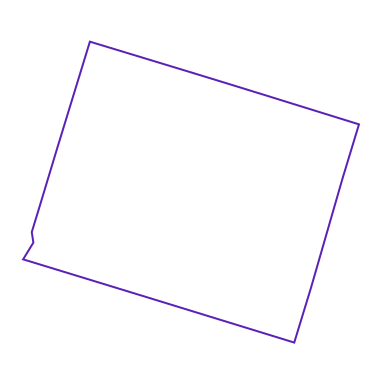 Saline, Kansas, United States of America, rotated 197°
{"feature_id": "52423323B92463309420457", "entity_name": "Saline", "entity_type": "district", "adm_level": 2, "iso_a3": "USA", "parent_name": "United States of America", "parent_adm1": "Kansas", "projection": "mercator", "projection_center": [-97.646, 38.784], "detail": "fine", "context": "isolated", "style": "outline", "palette": "violet", "viewbox_px": 384, "rotation_deg": 197, "n_neighbors": 0, "source": "geoboundaries", "source_scale": "gbopen_adm2", "svg_char_len": 336}
<svg xmlns="http://www.w3.org/2000/svg" viewBox="0 0 384 384"><g transform="rotate(197 192 192)"><path d="M50.2,135.0L52.0,248.7L52.1,305.5L164.8,306.0L221.1,306.1L333.6,305.9L333.7,192.3L333.5,135.2L333.5,106.8L328.9,97.2L333.8,78.2L220.9,78.2L50.2,77.9L50.2,135.0L50.2,135.0Z" fill="none" stroke="#5b21b6" stroke-width="2"/></g></svg>